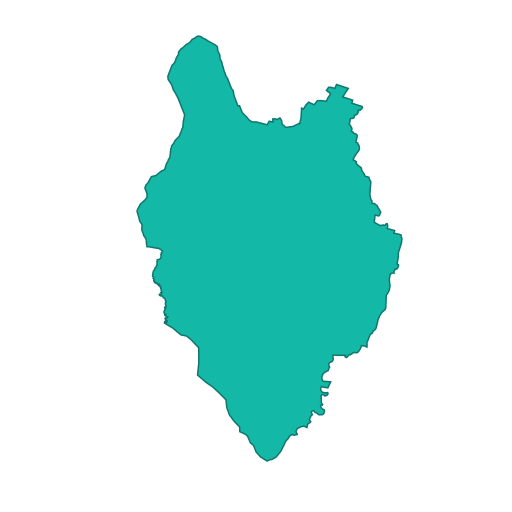 Ineu, Bihor, Romania (Mercator projection), rotated 288°
{"feature_id": "2599482B62282077307235", "entity_name": "Ineu", "entity_type": "district", "adm_level": 2, "iso_a3": "ROU", "parent_name": "Romania", "parent_adm1": "Bihor", "projection": "mercator", "projection_center": [22.104, 47.099], "detail": "fine", "context": "isolated", "style": "filled", "palette": "teal", "viewbox_px": 512, "rotation_deg": 288, "n_neighbors": 0, "source": "geoboundaries", "source_scale": "gbopen_adm2", "svg_char_len": 6146}
<svg xmlns="http://www.w3.org/2000/svg" viewBox="0 0 512 512"><g transform="rotate(288 256 256)"><path d="M203.6,389.6L205.3,389.3L207.7,388.3L217.1,388.9L217.7,389.9L218.8,390.5L220.9,390.7L222.5,391.9L224.5,392.5L233.0,391.8L237.2,392.1L240.5,392.8L245.1,395.4L246.9,395.4L259.1,392.0L260.8,392.7L264.7,393.3L269.2,392.7L272.5,391.0L275.3,389.9L280.1,389.3L281.8,390.6L282.4,392.6L283.0,392.1L284.9,392.0L285.1,392.3L286.5,392.3L286.9,393.5L287.4,394.0L287.8,393.8L288.0,394.2L288.7,394.5L289.7,394.4L289.9,394.6L291.3,394.5L291.8,393.9L291.9,392.6L299.4,391.6L303.0,390.4L313.5,390.3L317.6,389.4L319.5,388.1L320.8,387.5L320.9,385.9L320.3,380.1L323.0,380.0L322.7,372.4L325.3,372.0L327.2,370.9L327.2,370.3L326.4,369.6L325.4,369.4L324.9,368.9L324.8,367.1L324.1,366.6L323.9,366.2L323.9,365.5L323.3,364.6L324.6,358.1L331.7,356.6L331.9,357.6L331.8,359.4L332.1,360.4L332.6,360.8L336.2,361.1L338.9,358.2L339.9,356.7L340.6,356.4L341.4,355.4L342.5,352.4L341.8,349.9L344.1,349.3L345.3,347.7L349.9,345.2L362.1,342.3L364.4,339.8L365.8,339.1L365.6,335.0L367.6,333.3L369.5,330.7L372.6,328.6L373.2,326.4L374.3,323.8L375.8,322.1L376.7,322.3L377.6,318.6L379.9,318.8L383.8,319.7L387.6,321.1L389.7,321.3L391.0,320.8L393.2,319.6L393.6,318.7L394.9,317.8L395.1,315.8L401.8,315.2L402.8,313.8L403.1,310.6L403.8,310.0L404.0,308.2L406.5,308.0L407.5,307.4L410.0,304.5L410.1,303.9L413.5,303.7L415.5,303.3L416.0,303.5L416.8,305.5L417.7,306.4L420.0,306.3L422.0,308.3L424.8,309.0L425.0,308.9L425.1,308.3L425.9,308.1L426.2,308.7L427.0,309.2L426.9,310.1L429.3,311.3L430.3,311.2L431.0,310.8L430.9,299.9L434.1,299.8L434.1,289.3L443.9,292.0L444.0,279.6L439.8,279.2L439.6,275.4L438.9,272.9L435.2,271.8L433.5,276.6L431.8,276.5L428.3,275.4L425.0,275.2L423.8,269.6L422.7,266.4L417.8,264.5L418.6,258.5L415.3,256.9L410.4,255.7L410.7,253.7L401.0,256.2L395.3,256.6L395.5,256.1L390.8,251.4L387.9,245.5L387.7,244.0L388.6,242.3L389.2,240.3L392.8,238.4L394.7,236.1L392.7,234.3L392.3,233.7L392.5,231.9L391.5,229.6L388.7,230.7L388.2,226.8L384.3,226.2L383.6,214.9L382.6,212.0L382.4,210.4L383.3,207.3L385.1,204.5L387.5,199.7L388.3,198.5L393.8,193.9L393.1,192.5L393.8,191.9L401.8,185.5L405.8,183.4L406.6,182.7L407.6,181.0L415.8,174.3L418.4,171.3L420.5,170.0L421.8,168.7L426.0,166.0L427.4,164.8L429.8,163.6L432.6,160.8L435.9,159.5L439.6,156.1L443.1,154.6L444.2,151.9L445.5,144.6L446.5,141.2L446.8,138.3L447.5,136.1L447.6,134.5L447.3,133.2L446.9,132.3L444.1,130.2L442.4,128.4L438.8,127.1L436.7,125.5L435.8,124.4L431.5,122.1L430.0,120.8L426.7,119.5L425.5,119.4L423.8,120.0L419.9,119.0L416.4,119.0L414.0,118.6L411.4,117.2L399.7,116.6L396.6,118.0L393.0,122.7L388.3,126.2L386.3,128.7L382.0,133.1L368.2,144.5L360.9,145.4L355.7,146.7L354.0,146.3L350.7,146.4L349.2,146.0L347.5,146.2L345.5,145.7L340.9,143.4L337.8,142.9L334.5,141.7L332.8,142.1L331.8,141.9L329.8,142.2L323.9,143.5L322.3,143.5L320.9,142.9L319.1,143.0L315.9,142.3L310.4,142.4L309.4,141.9L307.9,140.1L306.6,139.1L301.5,135.9L299.5,132.4L298.9,131.9L292.5,130.7L289.3,129.4L287.0,129.3L286.0,129.5L282.7,132.3L281.0,133.3L279.2,133.9L277.6,134.1L275.2,133.2L269.7,130.0L264.6,129.1L262.6,128.9L261.4,129.2L257.1,132.3L253.2,134.6L251.1,137.5L250.2,138.0L245.2,139.5L242.1,142.1L240.9,142.7L238.6,145.7L237.6,146.6L234.4,147.8L231.1,149.5L231.7,151.4L232.4,156.8L233.2,161.3L232.0,165.4L231.3,165.7L229.6,164.9L229.1,165.4L227.7,165.1L227.3,165.7L224.3,166.1L222.5,164.6L222.1,163.3L219.7,163.6L219.6,163.9L216.6,164.6L216.2,164.3L214.9,164.6L213.7,163.7L211.6,163.8L210.7,163.2L208.9,163.1L205.3,163.7L204.7,164.0L204.1,164.9L204.2,165.2L203.2,165.5L202.9,165.3L202.8,165.7L202.0,166.1L201.8,166.7L201.2,166.3L200.7,166.4L200.3,167.0L199.7,167.4L199.6,168.0L200.0,168.2L200.0,168.6L199.2,168.6L199.2,169.2L199.8,170.0L198.7,170.8L198.8,171.3L198.6,171.3L198.4,171.7L199.4,172.7L199.0,173.1L197.9,172.7L197.6,173.0L197.9,174.3L197.1,174.4L196.7,174.7L196.7,175.2L195.7,175.4L195.6,175.9L194.3,176.2L193.0,177.2L192.4,177.3L192.1,177.7L191.7,176.8L190.6,177.7L189.7,176.9L189.8,176.0L189.4,175.9L188.7,176.8L188.6,178.0L189.2,179.1L189.1,179.4L187.9,180.6L187.2,182.8L185.7,183.5L184.8,184.6L183.4,184.3L182.0,184.8L180.9,185.6L180.6,186.1L179.7,186.0L178.8,186.4L178.5,186.1L179.3,185.4L179.0,184.9L176.7,186.3L176.2,185.8L174.3,185.7L172.6,187.0L172.7,187.7L171.7,187.5L171.4,187.7L171.8,188.5L171.2,188.5L170.7,189.4L170.9,190.9L169.6,190.6L168.9,190.0L168.5,190.1L168.3,189.8L169.1,189.3L169.0,188.9L168.5,188.8L166.9,190.1L166.4,191.0L166.9,191.3L166.9,191.6L166.6,191.7L165.0,191.5L165.0,191.1L165.7,190.6L165.8,189.9L165.6,189.6L165.3,189.4L164.0,189.6L163.8,190.0L161.8,199.0L157.8,208.8L158.4,214.8L156.3,220.2L151.0,229.9L136.8,234.6L124.7,237.2L120.3,247.8L118.0,255.5L114.2,263.7L110.0,271.8L102.8,275.1L96.7,279.8L92.1,286.2L88.3,293.3L83.9,294.9L83.2,301.0L81.9,303.8L76.5,308.5L75.1,312.2L69.6,316.7L66.3,322.4L64.4,329.9L65.9,331.3L67.7,334.3L71.1,337.3L78.1,340.0L89.3,341.6L92.4,343.0L95.0,343.6L97.5,345.4L97.2,346.4L97.4,347.9L98.2,348.9L98.7,350.1L99.0,350.3L99.5,350.2L100.2,349.3L101.6,348.2L104.1,348.5L105.5,349.4L107.7,351.8L108.6,353.4L109.0,354.5L108.6,357.4L112.1,357.1L114.2,358.8L115.3,359.3L116.9,357.3L121.4,357.8L122.4,358.7L124.2,357.1L125.1,356.9L125.7,357.1L126.8,358.5L125.4,360.7L125.5,362.3L124.6,364.1L124.5,365.3L125.8,368.5L127.3,369.2L129.9,369.0L130.7,368.5L130.9,367.8L130.8,367.0L131.3,365.7L133.0,363.8L133.5,363.7L134.3,364.2L134.7,365.2L135.3,365.3L136.3,363.7L143.3,361.1L144.3,361.3L144.8,362.0L144.8,363.3L144.2,364.7L144.2,365.0L144.5,365.5L145.1,365.9L145.7,366.7L147.3,367.1L147.9,366.8L148.2,366.1L147.5,365.1L146.9,361.8L147.1,360.9L147.8,359.6L150.1,358.3L151.9,358.6L152.3,362.1L152.8,365.1L159.4,365.9L157.7,358.8L157.9,357.9L159.8,356.5L161.5,356.0L164.8,356.2L166.8,357.5L169.4,360.1L171.7,360.0L173.0,360.4L174.4,359.1L176.3,358.5L177.7,359.3L178.8,360.8L180.7,361.5L182.3,361.2L184.4,360.0L185.6,359.9L186.9,364.8L189.2,371.7L187.7,371.8L187.4,372.8L187.4,373.6L191.1,375.2L191.0,375.9L192.1,377.0L194.5,378.9L194.9,381.1L195.6,382.4L197.8,383.4L201.1,384.1L203.2,383.9L203.5,385.2L203.9,386.3L203.9,388.3L203.6,389.6Z" fill="#14b8a6" stroke="#0f766e" stroke-width="1.5"/></g></svg>